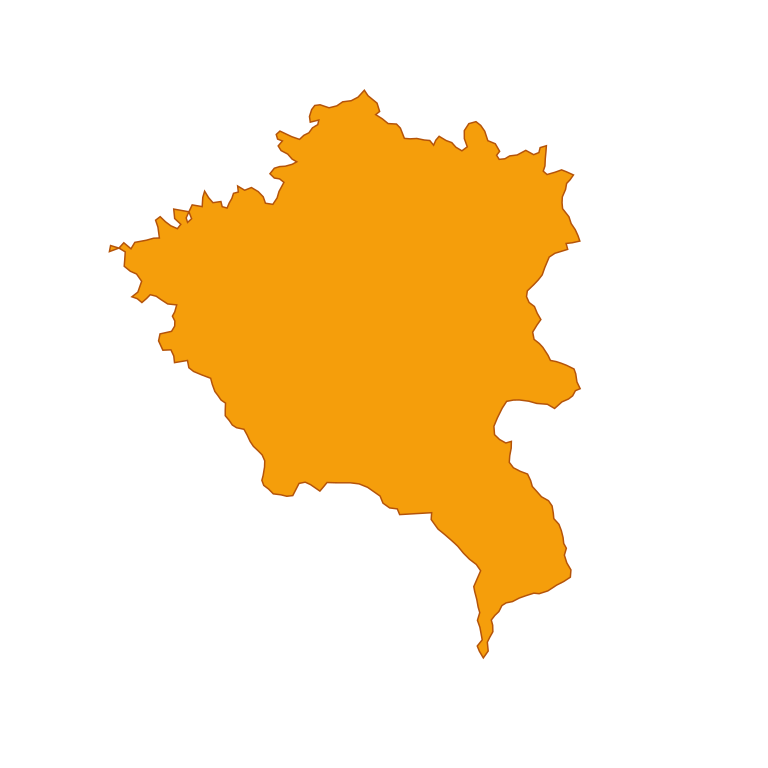 outline of Tatuí, São Paulo, Brazil, rotated 256°
{"feature_id": "56859067B62823309489019", "entity_name": "Tatuí", "entity_type": "district", "adm_level": 2, "iso_a3": "BRA", "parent_name": "Brazil", "parent_adm1": "São Paulo", "projection": "mercator", "projection_center": [-47.867, -23.355], "detail": "fine", "context": "isolated", "style": "filled", "palette": "amber", "viewbox_px": 768, "rotation_deg": 256, "n_neighbors": 0, "source": "geoboundaries", "source_scale": "gbopen_adm2", "svg_char_len": 4143}
<svg xmlns="http://www.w3.org/2000/svg" viewBox="0 0 768 768"><g transform="rotate(256 384 384)"><path d="M598.3,236.4L604.6,222.3L595.2,220.9L588.1,225.5L584.7,221.1L589.1,215.4L594.3,211.2L600.5,207.3L598.2,202.0L590.9,202.6L580.0,201.4L581.2,195.7L581.0,188.2L581.7,176.5L576.4,171.2L584.0,165.7L580.0,159.7L574.8,164.9L567.3,162.5L561.1,160.4L554.7,165.2L550.6,170.5L542.3,173.7L532.7,167.4L529.6,160.5L526.5,165.2L521.6,168.8L524.4,174.3L527.2,178.8L524.2,184.3L520.1,187.8L514.0,193.5L510.9,202.0L504.6,198.4L501.0,195.1L495.7,196.3L490.8,194.9L486.5,190.6L486.8,178.8L480.4,175.7L470.3,177.6L468.7,185.5L462.0,186.8L455.4,185.9L454.4,199.0L447.0,198.6L442.2,202.3L436.6,209.8L431.5,217.2L425.2,217.3L417.6,218.1L413.2,220.0L407.9,222.0L403.8,225.6L396.9,223.6L391.6,222.3L386.1,225.0L380.9,226.9L377.3,230.3L373.9,237.2L367.4,238.9L360.7,240.2L355.1,242.2L349.5,245.8L344.7,248.6L338.3,249.7L332.3,248.0L324.5,244.6L320.1,242.2L314.7,242.8L310.0,246.6L304.2,250.0L301.4,257.2L298.6,262.5L297.8,268.5L308.1,277.5L307.8,283.8L304.2,288.3L295.6,295.9L298.9,300.5L302.2,304.9L299.8,313.4L298.0,320.5L296.3,327.4L293.1,335.7L287.7,343.1L276.2,353.1L268.6,354.2L262.4,359.5L259.6,366.7L253.5,367.6L247.6,399.1L241.1,397.0L230.2,401.3L223.4,406.4L217.4,410.6L213.0,413.6L208.8,416.3L200.6,420.2L193.2,424.6L186.6,429.9L179.4,432.6L171.6,426.6L165.7,422.1L160.6,421.8L152.5,421.9L144.9,421.4L139.0,421.6L132.1,417.5L124.7,418.2L112.0,417.4L107.2,411.1L101.6,411.9L94.2,414.1L99.7,420.5L108.5,421.8L112.5,425.2L117.3,429.7L123.7,431.1L129.0,431.0L132.6,435.5L135.4,440.4L140.5,444.8L142.1,449.6L141.8,456.0L143.6,463.5L144.3,470.8L144.8,478.8L143.0,483.8L143.6,492.9L147.1,502.9L148.9,510.7L151.5,518.1L158.4,520.4L166.2,518.1L174.3,517.6L180.5,521.2L185.8,519.8L191.7,520.6L198.8,520.6L205.5,519.8L212.3,516.2L217.6,517.0L225.0,517.6L230.9,515.4L236.5,509.5L242.9,506.2L248.7,503.1L254.8,502.9L261.9,501.5L266.3,495.1L271.4,489.3L277.7,486.6L284.1,488.7L291.0,491.9L297.5,493.7L297.3,487.9L302.2,482.7L308.1,479.0L316.4,480.4L323.8,485.9L332.0,492.9L337.5,498.8L337.1,505.7L335.8,511.4L332.3,520.3L328.2,527.5L324.8,537.6L319.0,543.6L323.6,552.3L324.8,559.4L326.9,564.2L331.2,568.1L332.0,573.2L339.4,571.7L347.5,572.5L352.6,572.0L358.0,565.6L361.4,560.8L364.1,556.5L366.6,551.2L372.1,550.1L381.1,547.0L385.7,544.5L391.0,540.4L398.4,540.8L404.3,546.8L408.6,551.8L415.5,549.8L422.8,548.7L428.0,544.5L434.3,543.4L439.7,545.6L444.3,553.6L447.7,558.9L451.6,563.9L458.0,568.1L467.2,575.0L469.5,581.5L469.8,587.6L470.2,594.8L476.3,594.7L475.5,600.9L475.3,608.6L481.0,608.1L487.5,606.9L494.4,604.4L501.5,603.9L510.9,599.7L516.8,600.6L522.4,602.3L528.8,607.2L534.4,609.7L537.1,613.9L541.0,618.4L545.9,612.2L548.8,608.1L548.1,601.1L547.8,592.9L552.0,590.0L556.6,592.9L563.6,595.0L570.1,597.3L575.9,599.2L575.6,592.7L571.1,590.3L570.3,584.7L576.4,578.1L574.0,568.6L574.9,561.2L573.3,555.7L574.1,550.1L578.7,548.6L581.8,552.5L590.2,550.1L595.0,543.6L604.9,542.9L611.5,540.4L616.3,536.7L616.1,529.3L610.4,523.2L602.6,521.3L594.0,522.2L591.4,516.0L596.4,511.0L601.8,508.2L605.2,503.2L611.0,497.4L608.0,493.2L603.7,489.9L609.2,487.3L611.0,482.1L614.3,475.2L615.6,468.5L617.4,463.2L628.3,461.8L633.2,459.0L635.7,451.0L641.6,446.6L647.4,441.1L649.5,445.7L658.2,445.2L663.7,441.1L667.6,438.2L673.8,436.0L668.6,428.2L666.8,420.7L667.8,412.2L665.3,405.5L665.3,397.5L670.4,389.5L671.0,384.2L667.8,380.2L661.6,376.4L655.9,375.8L655.9,384.6L651.7,382.5L649.9,376.6L645.9,371.9L644.7,366.4L641.8,361.2L646.3,354.3L654.6,344.2L652.2,339.8L647.4,340.0L644.4,344.2L640.6,338.9L635.4,340.6L630.4,346.2L624.5,349.2L620.7,353.1L619.4,348.1L619.2,340.9L620.2,335.4L619.9,329.8L615.6,324.2L610.4,327.4L608.3,332.3L603.9,335.7L596.2,328.7L590.4,325.3L585.2,319.6L588.1,312.7L594.8,312.1L601.1,308.5L606.7,302.9L605.7,295.7L611.5,289.9L605.5,289.1L605.4,284.1L600.8,281.2L597.2,277.7L592.7,274.3L595.2,269.9L600.5,269.9L601.3,261.9L607.2,258.9L614.5,256.6L608.9,253.3L600.1,250.5L604.2,241.2L598.3,236.4ZM598.3,236.4L590.9,237.3L588.3,232.5L593.0,232.2L598.3,236.4ZM580.0,159.7L584.5,152.2L578.9,149.6L580.0,159.7Z" fill="#f59e0b" stroke="#b45309" stroke-width="1.5"/></g></svg>